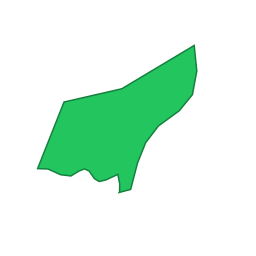 the border of Olongapo, rotated 330°
{"feature_id": "PHL-5540", "entity_name": "Olongapo", "entity_type": "Highly Urbanized City", "adm_level": 1, "iso_a3": "PHL", "parent_name": "Philippines", "parent_adm1": "", "projection": "mercator", "projection_center": [120.303, 14.868], "detail": "fine", "context": "isolated", "style": "filled", "palette": "green", "viewbox_px": 256, "rotation_deg": 330, "n_neighbors": 0, "source": "natural_earth", "source_scale": "10m", "svg_char_len": 451}
<svg xmlns="http://www.w3.org/2000/svg" viewBox="0 0 256 256"><g transform="rotate(330 128 128)"><path d="M88.1,179.4L88.9,178.9L92.9,172.2L96.0,163.1L82.7,161.9L76.3,159.9L73.6,155.1L72.8,145.8L69.9,141.7L64.2,140.8L54.6,141.0L46.3,134.8L38.2,123.5L29.4,118.0L85.6,73.5L142.2,90.9L226.6,89.6L216.1,113.0L200.5,131.3L181.0,138.7L155.5,141.4L136.0,149.5L118.6,163.2L99.6,182.5L88.1,179.4Z" fill="#22c55e" stroke="#15803d" stroke-width="1.5"/></g></svg>